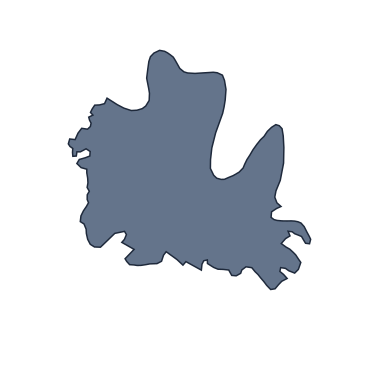 Doutor Maurício Cardoso, Rio Grande do Sul, Brazil (Natural Earth projection), rotated 44°
{"feature_id": "56859067B86093452456643", "entity_name": "Doutor Maurício Cardoso", "entity_type": "district", "adm_level": 2, "iso_a3": "BRA", "parent_name": "Brazil", "parent_adm1": "Rio Grande do Sul", "projection": "natural_earth1", "projection_center": [-54.357, -27.488], "detail": "fine", "context": "isolated", "style": "filled", "palette": "slate", "viewbox_px": 384, "rotation_deg": 44, "n_neighbors": 0, "source": "geoboundaries", "source_scale": "gbopen_adm2", "svg_char_len": 2565}
<svg xmlns="http://www.w3.org/2000/svg" viewBox="0 0 384 384"><g transform="rotate(44 192 192)"><path d="M266.1,140.6L260.6,140.8L255.1,138.2L251.6,132.8L247.4,122.3L237.8,107.6L227.2,96.2L218.7,88.3L212.8,83.9L208.7,83.7L205.5,85.3L204.3,90.2L204.1,96.0L205.2,102.0L205.0,106.8L205.5,112.3L206.5,119.1L208.0,125.3L209.0,130.5L210.6,135.4L212.1,139.2L212.1,145.0L210.2,151.7L208.5,155.5L206.5,160.4L204.2,162.7L200.2,164.9L196.0,164.9L188.9,162.3L182.8,155.8L175.7,146.6L167.9,133.0L159.4,114.1L156.1,108.7L152.0,102.8L145.2,94.6L137.9,89.2L132.7,86.8L127.3,88.7L124.1,91.1L121.2,94.3L115.8,100.2L111.8,104.6L106.2,109.4L102.7,111.2L97.4,111.6L88.4,108.9L84.8,108.0L81.0,108.4L77.8,108.9L74.6,109.8L70.3,112.6L68.1,118.5L68.1,123.5L70.3,128.1L74.9,134.4L80.3,141.6L88.9,147.6L92.8,150.5L97.6,155.9L99.0,162.3L98.3,166.6L95.6,171.4L91.7,175.6L84.7,179.0L77.5,181.1L65.7,183.5L67.7,189.2L65.0,193.6L61.7,197.1L62.5,201.5L63.7,205.3L67.3,205.5L65.7,209.9L68.4,211.5L71.6,212.6L73.4,215.5L73.2,219.4L68.4,222.8L69.1,228.8L71.5,235.5L67.2,238.8L69.6,243.3L72.6,244.0L76.0,243.5L78.5,246.5L81.5,249.1L83.8,246.5L81.3,243.0L83.8,240.7L85.8,234.5L90.6,233.6L93.5,237.1L91.4,241.6L88.3,246.9L89.4,251.5L95.3,251.5L100.5,248.7L103.0,251.3L107.3,254.5L110.8,257.7L113.4,261.6L117.6,262.8L118.6,266.8L121.8,270.2L125.0,271.6L126.1,275.8L127.0,281.0L128.7,286.3L132.2,290.9L136.5,290.0L141.7,292.3L144.8,295.2L149.8,298.5L155.2,300.3L160.0,299.3L164.5,295.3L164.8,287.5L165.2,275.4L170.8,267.2L174.4,268.2L176.3,273.0L176.5,277.0L190.2,273.5L190.2,286.5L193.3,287.3L197.6,287.6L200.9,284.8L203.5,283.0L206.2,280.3L209.5,276.0L211.6,273.0L216.6,267.8L218.2,263.0L215.4,257.2L214.9,252.9L228.3,251.0L236.3,250.9L236.0,246.3L253.0,241.7L249.4,237.1L248.2,233.3L250.2,230.2L252.8,232.7L256.2,232.0L260.0,231.2L264.3,229.5L268.1,226.1L272.6,222.6L278.5,224.4L282.0,221.6L283.5,216.7L282.0,213.5L282.8,208.3L287.6,204.9L292.7,205.5L296.8,205.5L301.1,206.1L305.7,206.5L310.8,207.3L316.3,207.5L319.0,203.9L318.6,198.4L318.6,193.8L320.5,188.1L315.1,187.7L310.4,188.1L308.3,184.8L312.3,182.0L316.4,181.4L322.2,179.0L322.3,173.8L319.2,167.1L314.7,166.2L310.3,165.2L306.7,165.1L302.1,165.2L297.8,166.3L292.0,167.1L291.7,160.5L293.0,155.5L288.4,153.5L291.7,151.0L294.8,150.7L298.1,149.3L301.7,147.9L305.1,148.9L309.3,150.0L312.5,147.6L310.2,143.6L307.0,142.4L302.5,141.0L296.8,139.0L292.0,138.6L288.9,139.8L286.1,141.6L283.5,143.8L280.5,146.8L277.0,150.1L272.9,153.4L270.1,154.9L266.5,155.3L263.0,151.0L264.3,145.1L266.1,140.6Z" fill="#64748b" stroke="#1e293b" stroke-width="1.5"/></g></svg>